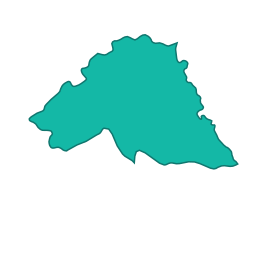 an SVG outline of Sa Kaeo, rotated 62°
{"feature_id": "THA-433", "entity_name": "Sa Kaeo", "entity_type": "Province", "adm_level": 1, "iso_a3": "THA", "parent_name": "Thailand", "parent_adm1": "", "projection": "albers", "projection_center": [102.297, 13.672], "detail": "fine", "context": "isolated", "style": "filled", "palette": "teal", "viewbox_px": 256, "rotation_deg": 62, "n_neighbors": 0, "source": "natural_earth", "source_scale": "10m", "svg_char_len": 3805}
<svg xmlns="http://www.w3.org/2000/svg" viewBox="0 0 256 256"><g transform="rotate(62 128 128)"><path d="M211.3,48.0L211.3,50.1L210.9,53.3L209.8,55.9L206.5,60.6L205.4,63.2L204.9,66.9L205.0,69.3L204.4,71.4L202.1,74.1L193.1,81.3L189.2,85.2L186.3,90.3L183.6,99.2L182.3,102.0L179.5,105.5L178.8,106.9L178.4,108.6L178.2,111.9L177.6,113.4L173.8,116.7L158.0,124.5L153.0,128.4L152.8,131.8L156.1,135.2L161.7,138.8L158.8,139.6L151.4,144.0L148.4,145.0L138.8,145.9L126.0,144.8L119.9,145.5L116.9,149.3L117.1,151.0L118.8,153.8L119.4,155.2L119.5,156.5L119.4,158.4L119.4,158.9L120.1,171.1L119.0,181.0L119.2,192.4L119.4,192.8L119.2,193.2L118.9,193.7L118.6,194.1L117.9,194.9L117.0,195.5L116.6,195.8L115.1,196.4L114.1,197.0L113.3,197.6L112.5,198.3L112.2,198.8L111.7,199.8L110.9,202.7L110.4,203.8L110.1,204.2L109.7,204.6L109.3,204.9L108.8,205.1L108.2,205.2L106.5,205.3L104.8,204.9L103.0,204.2L100.7,202.3L99.8,201.4L99.1,200.6L98.3,198.4L97.9,197.8L97.3,197.4L95.8,197.2L95.0,197.3L94.4,197.5L94.0,197.9L93.3,198.7L92.1,200.5L90.0,204.3L89.7,204.7L89.3,205.1L88.4,205.8L87.5,206.3L85.3,207.1L81.4,207.5L80.4,207.9L78.5,208.9L77.3,210.0L76.0,210.9L75.5,211.2L75.0,211.3L74.3,211.2L73.5,210.8L73.1,209.8L72.7,208.1L72.2,201.4L72.9,195.8L72.9,195.2L72.7,194.4L72.3,193.5L69.7,191.1L68.8,189.1L66.7,182.5L64.7,173.6L63.8,171.1L61.8,169.0L60.0,166.5L59.3,164.9L58.9,163.2L58.8,161.0L58.8,159.8L58.9,158.9L59.2,158.4L59.5,158.0L60.0,157.7L60.5,157.5L62.5,157.6L63.7,157.5L64.3,157.4L65.3,157.0L65.9,156.2L66.4,155.0L66.9,151.3L66.8,148.7L66.3,144.7L65.9,142.9L65.5,141.9L64.9,141.6L64.3,141.5L59.6,142.6L58.2,142.7L56.8,142.6L56.0,142.4L55.3,142.2L54.5,141.6L54.1,141.0L54.0,140.3L54.4,139.2L54.6,138.7L54.8,137.9L55.0,137.0L55.1,135.2L54.9,134.3L54.6,133.7L54.3,133.3L53.1,132.3L52.6,132.0L51.3,130.8L50.2,129.4L49.6,127.8L48.0,119.7L51.0,116.5L52.5,114.5L53.0,112.3L52.7,109.3L52.8,105.8L52.1,104.6L50.4,103.8L46.0,102.7L44.8,101.2L44.7,99.1L45.8,97.0L46.2,94.7L46.3,92.2L46.1,90.3L46.2,88.0L47.0,85.6L49.4,83.6L51.4,82.3L53.5,80.5L53.6,77.9L52.9,74.1L52.9,71.3L53.8,69.0L56.7,67.0L58.7,66.3L60.7,66.1L62.6,66.4L64.4,65.7L66.1,64.0L67.7,60.1L70.1,57.7L72.0,56.4L73.7,55.0L74.7,53.6L75.9,44.7L79.6,48.2L81.2,49.2L89.3,52.3L90.7,52.7L91.8,52.8L92.5,52.8L93.1,52.7L93.6,52.5L94.1,52.2L94.4,51.8L94.6,51.3L94.7,50.6L94.3,48.2L94.4,47.7L94.6,47.1L95.2,46.3L95.7,45.8L96.4,45.3L97.8,44.8L98.6,44.8L99.3,45.0L100.4,46.1L101.6,47.1L102.0,47.4L102.3,47.8L102.5,48.3L102.6,48.9L102.5,49.5L102.6,50.3L102.9,51.0L103.7,51.9L104.5,52.2L105.3,52.4L110.4,52.3L111.3,52.7L111.9,53.2L112.6,53.9L113.2,54.2L113.9,54.2L114.6,54.2L115.1,54.0L115.6,53.8L116.0,53.5L116.4,53.0L116.8,52.1L117.2,51.6L117.6,51.3L118.2,51.0L120.6,50.8L121.2,50.6L124.4,49.5L125.2,49.6L126.2,49.8L128.9,51.0L130.0,51.2L130.8,51.2L131.4,51.1L132.8,50.2L134.3,49.7L135.2,49.7L135.8,49.8L136.3,50.1L136.6,50.5L137.2,51.0L138.0,51.4L139.5,52.0L140.3,52.2L143.9,51.6L144.8,51.6L145.4,51.9L146.0,52.7L146.2,53.0L146.3,53.4L146.4,54.4L146.1,55.8L146.2,57.6L146.4,58.4L146.6,58.9L147.0,59.5L147.6,60.3L148.3,60.6L149.0,60.7L149.7,60.7L152.3,60.5L152.9,60.3L153.5,60.2L154.0,59.9L154.4,59.6L154.6,59.2L154.4,58.8L154.0,58.5L152.8,58.1L152.3,57.9L152.0,57.5L151.9,56.9L152.0,56.3L152.2,55.8L152.5,55.3L152.9,55.0L153.4,54.9L154.0,54.7L154.7,54.7L155.3,54.6L156.4,54.2L156.9,54.0L157.8,53.4L158.2,53.1L159.7,51.6L161.0,50.7L162.2,51.6L162.9,52.4L163.4,52.7L164.0,52.7L164.7,52.2L165.2,51.7L165.5,51.1L165.7,50.5L166.0,50.2L166.6,50.1L167.5,50.6L168.1,51.1L168.9,51.9L169.7,52.5L170.2,52.8L171.3,53.0L175.9,53.0L179.9,53.4L181.3,53.2L188.0,51.5L191.1,50.2L191.5,49.8L191.9,49.4L192.5,49.1L194.1,48.5L196.4,48.0L197.6,47.9L199.0,48.3L200.6,48.9L203.6,49.3L204.4,49.6L205.2,49.6L206.6,49.4L208.2,48.5L211.3,48.0L211.3,48.0Z" fill="#14b8a6" stroke="#0f766e" stroke-width="1.5"/></g></svg>